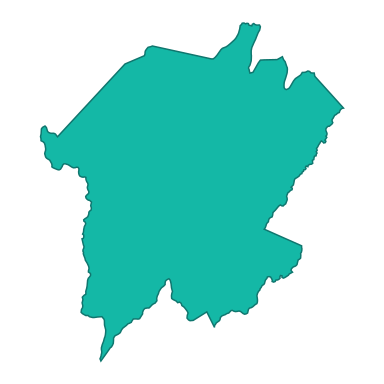 outline of Cametá, Pará, Brazil
{"feature_id": "56859067B42741261340740", "entity_name": "Cametá", "entity_type": "district", "adm_level": 2, "iso_a3": "BRA", "parent_name": "Brazil", "parent_adm1": "Pará", "projection": "mercator", "projection_center": [-49.501, -2.281], "detail": "fine", "context": "isolated", "style": "filled", "palette": "teal", "viewbox_px": 384, "rotation_deg": 0, "n_neighbors": 0, "source": "geoboundaries", "source_scale": "gbopen_adm2", "svg_char_len": 5900}
<svg xmlns="http://www.w3.org/2000/svg" viewBox="0 0 384 384"><path d="M282.4,56.7L277.1,59.6L264.1,59.9L260.4,60.1L258.4,62.8L253.0,72.3L250.0,73.1L249.5,71.5L249.1,69.5L248.5,68.1L248.9,66.7L249.8,65.5L250.4,63.7L251.2,60.8L251.3,59.0L251.4,55.6L251.2,54.1L251.2,50.7L251.8,47.6L254.0,42.5L255.7,39.0L256.3,37.3L258.0,33.1L258.8,31.5L259.6,30.3L260.4,26.8L259.5,25.0L256.7,25.1L254.9,24.5L253.8,23.5L252.3,24.3L251.8,25.9L248.9,25.1L248.4,23.6L247.0,23.3L245.5,23.8L244.0,23.0L242.2,23.2L241.5,24.5L240.2,25.6L239.7,29.0L238.6,33.0L237.9,34.6L235.9,38.1L234.5,39.8L230.1,43.8L227.7,45.8L226.0,46.9L222.4,48.3L220.9,49.7L216.9,55.4L215.0,57.5L213.2,58.9L211.3,58.9L152.4,46.0L150.6,46.7L148.1,47.3L146.8,48.8L145.5,50.6L145.1,52.0L145.0,53.9L144.4,55.7L125.0,64.0L57.5,136.8L55.4,134.0L53.9,133.3L50.8,133.3L48.9,132.6L47.6,131.5L46.4,127.5L45.0,126.0L42.5,127.4L41.4,128.9L41.1,134.0L40.5,136.6L41.0,138.8L41.0,140.7L43.3,141.9L44.4,143.1L45.1,145.2L45.7,148.9L45.5,150.7L45.0,152.2L44.7,153.7L45.6,156.9L46.5,158.1L47.8,159.0L49.7,160.1L51.6,163.5L52.0,165.1L51.9,166.9L53.0,167.7L54.5,168.4L57.5,169.6L59.0,169.9L60.5,169.2L62.2,166.5L62.7,165.1L63.8,163.9L65.2,163.8L68.2,164.7L72.0,167.2L73.4,167.8L75.2,167.7L76.6,167.2L78.1,167.4L78.9,168.7L78.9,170.1L78.6,171.7L78.7,173.2L79.1,174.8L79.9,176.1L81.5,176.9L83.1,177.2L84.5,176.9L85.9,177.4L85.9,179.0L86.2,180.3L86.8,181.8L87.6,182.9L88.0,184.3L87.8,185.8L87.3,187.2L87.5,188.6L88.0,190.0L88.8,191.4L88.8,192.9L87.8,194.2L86.6,195.2L85.7,196.4L86.0,198.0L86.9,199.1L88.2,200.1L89.7,200.4L91.5,202.1L90.7,205.7L91.4,208.0L91.1,210.0L89.9,210.9L88.9,212.1L88.8,213.7L88.4,215.2L87.7,216.8L86.3,217.9L85.1,218.6L83.7,219.8L83.9,221.2L85.2,222.1L85.7,223.6L85.3,224.9L84.4,226.4L83.7,229.5L83.6,231.2L83.3,232.8L82.6,234.1L83.7,235.0L83.8,236.9L83.3,238.4L82.0,238.8L83.4,244.9L84.0,246.5L83.8,248.1L83.1,249.5L82.9,251.1L83.5,252.4L83.3,253.8L83.8,255.3L85.1,258.7L85.3,260.1L87.1,263.0L88.5,266.0L88.9,267.4L89.0,268.7L88.5,270.5L88.4,272.0L89.8,272.9L90.6,274.0L90.5,275.6L89.5,277.0L88.3,278.3L87.6,280.3L87.1,286.0L86.7,288.2L85.8,291.3L85.9,293.0L85.7,294.4L84.3,295.1L82.3,297.2L82.9,299.5L82.5,301.4L82.1,302.8L82.8,305.8L82.5,307.8L81.5,309.4L81.1,312.3L82.5,313.7L85.7,315.5L88.2,315.5L89.4,316.7L92.6,317.5L94.2,317.5L97.6,317.0L101.9,316.7L104.0,319.2L104.4,320.6L104.5,325.0L105.7,329.8L105.7,331.8L105.4,334.7L105.0,336.6L104.4,338.1L103.5,341.5L102.3,344.5L101.4,347.8L101.4,349.7L101.7,351.1L101.7,353.0L101.3,354.4L101.1,355.8L100.6,357.3L100.0,358.8L100.9,361.0L106.7,352.9L110.3,347.7L111.4,347.0L112.5,345.2L113.3,343.3L113.5,340.8L113.6,337.9L115.1,335.7L118.0,334.3L119.9,333.0L120.7,331.8L121.2,330.5L122.1,329.1L123.0,328.0L126.4,325.4L127.8,323.9L129.6,323.2L131.3,322.3L132.1,320.7L133.3,319.0L136.0,318.9L138.1,319.1L139.6,318.7L142.6,313.9L142.6,312.2L143.6,309.8L144.8,308.5L147.0,308.0L149.0,308.0L150.4,306.7L151.7,305.2L153.5,303.8L155.0,303.2L156.9,300.8L156.7,298.2L157.3,295.9L158.4,293.7L159.0,291.5L160.9,288.5L161.8,287.5L163.6,286.2L165.1,284.6L165.1,282.9L165.5,281.1L166.5,280.0L168.9,278.7L170.0,279.9L170.6,281.6L171.1,284.0L171.5,287.8L172.5,291.6L171.9,293.2L171.5,295.3L171.5,296.7L171.7,298.5L173.2,299.6L176.1,301.0L177.7,302.7L179.6,302.1L181.2,303.4L181.9,305.6L183.8,306.9L184.9,308.1L187.1,311.0L188.1,313.0L187.3,315.2L187.0,318.1L188.5,319.9L190.0,320.7L193.2,320.4L206.8,311.9L214.5,327.4L214.5,325.6L215.5,324.3L216.3,322.9L219.5,320.6L220.1,319.2L220.4,317.5L221.8,316.0L223.5,315.2L225.1,314.7L226.8,313.6L228.8,313.0L231.0,310.6L232.4,310.4L233.9,311.2L235.4,311.6L237.2,311.4L239.0,311.0L240.6,311.5L243.2,313.6L244.6,314.2L246.1,313.9L247.6,313.0L248.4,309.5L249.4,308.1L250.9,307.8L252.6,306.9L255.2,304.6L256.9,303.6L257.4,302.0L257.5,300.0L257.3,298.2L256.9,295.7L257.5,293.4L258.5,291.4L259.8,290.1L260.2,288.6L261.2,287.4L262.1,285.6L263.9,284.4L264.6,283.2L264.9,281.7L265.6,279.8L266.9,278.4L267.4,276.9L269.1,276.6L270.6,277.0L271.5,278.5L272.3,280.1L272.1,281.5L273.6,282.1L275.2,281.5L276.0,280.0L277.5,280.0L278.8,279.4L280.0,278.3L279.9,276.8L280.5,275.5L282.0,275.8L282.0,277.4L283.4,278.1L284.7,277.6L286.5,276.5L288.4,275.2L289.2,274.0L292.5,272.2L291.0,270.4L291.4,268.9L292.3,267.8L293.5,266.8L294.8,266.4L296.0,265.7L297.0,264.6L297.7,261.6L298.2,259.9L299.6,259.1L300.6,258.1L300.8,255.1L300.6,253.4L301.4,252.2L301.8,250.5L301.9,248.7L301.6,247.3L301.6,245.8L264.2,229.2L265.3,227.7L266.0,225.7L266.4,224.2L267.2,222.9L268.4,221.8L268.6,220.1L269.2,218.7L270.4,217.6L272.1,216.9L272.6,215.4L273.0,212.5L275.4,210.1L278.7,206.1L280.4,204.9L281.7,205.8L283.1,206.0L284.2,204.9L285.7,203.8L287.2,199.8L287.1,198.0L286.6,196.6L286.9,195.2L288.0,192.6L289.3,191.8L290.4,190.5L292.1,189.7L292.3,188.2L291.1,187.2L293.4,184.9L294.0,182.1L294.3,180.2L295.1,178.6L296.5,177.9L298.0,176.9L299.4,175.8L300.2,174.3L301.9,173.6L302.1,172.2L303.5,171.3L303.7,169.9L305.1,169.7L306.0,168.7L305.4,167.3L306.2,166.1L307.9,166.7L308.2,165.3L309.7,164.4L311.4,164.2L312.7,163.4L312.4,160.3L313.8,159.6L314.0,157.8L314.5,156.2L316.1,155.8L316.2,154.3L317.0,153.1L316.2,151.7L317.2,150.2L316.5,148.5L317.5,147.2L318.2,145.9L318.8,144.6L319.7,143.5L320.3,142.2L321.3,141.0L322.7,141.8L323.7,143.0L325.3,142.6L325.9,141.2L324.9,140.2L326.8,137.3L325.9,136.2L326.9,134.9L327.0,133.3L325.9,130.5L325.9,128.7L326.9,127.3L328.0,126.3L329.4,126.2L331.9,124.1L332.8,122.7L332.1,121.1L332.1,119.5L333.0,118.4L334.6,115.4L336.2,114.5L337.6,113.2L339.3,112.5L339.7,111.2L340.4,109.8L341.8,108.5L343.5,108.1L314.8,76.3L314.2,73.0L312.2,73.0L310.8,72.8L309.7,71.5L307.9,71.0L305.5,72.2L303.7,72.4L302.3,72.4L300.7,75.0L295.4,78.6L293.5,81.0L290.4,86.4L289.3,88.0L288.0,88.9L286.2,89.6L284.9,88.9L284.1,87.6L284.0,85.0L284.2,82.6L284.6,81.0L285.7,77.8L287.1,72.9L287.4,69.6L287.3,67.8L286.7,66.4L285.1,61.6L284.1,60.4L283.4,59.3L282.4,56.7Z" fill="#14b8a6" stroke="#0f766e" stroke-width="1.5"/></svg>